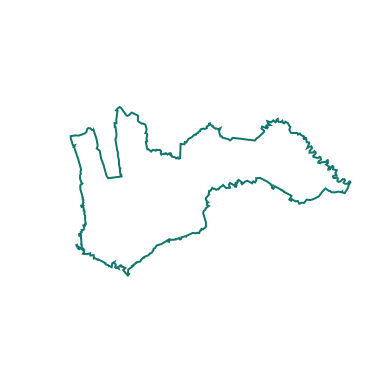 outline of NCR, Third District, Valenzuela, Philippines, rotated 30°
{"feature_id": "2640588B11276327116073", "entity_name": "NCR, Third District", "entity_type": "district", "adm_level": 2, "iso_a3": "PHL", "parent_name": "Philippines", "parent_adm1": "Valenzuela", "projection": "mercator", "projection_center": [120.97, 14.71], "detail": "fine", "context": "isolated", "style": "outline", "palette": "teal", "viewbox_px": 384, "rotation_deg": 30, "n_neighbors": 0, "source": "geoboundaries", "source_scale": "gbopen_adm2", "svg_char_len": 6047}
<svg xmlns="http://www.w3.org/2000/svg" viewBox="0 0 384 384"><g transform="rotate(30 192 192)"><path d="M59.0,204.3L60.2,206.2L65.3,210.9L66.1,211.3L67.0,210.3L67.0,211.2L67.9,210.1L66.8,211.8L67.7,212.3L67.5,212.7L67.8,212.4L77.5,220.9L84.6,227.9L85.4,230.4L86.6,231.9L86.7,233.5L88.4,236.4L91.0,238.8L92.8,239.5L92.6,239.9L93.1,239.7L92.1,240.8L92.1,242.5L94.0,245.5L99.9,251.1L99.7,251.4L101.4,252.7L101.2,253.2L102.5,254.1L102.7,255.1L103.5,255.5L103.4,257.3L104.6,257.9L102.1,259.9L103.7,258.8L104.1,259.9L104.7,259.1L106.2,260.1L107.4,262.2L107.9,261.8L109.2,263.3L109.5,264.7L111.3,266.1L113.8,270.2L116.1,272.8L116.1,273.6L114.8,272.1L116.0,273.8L114.6,275.2L116.0,276.3L117.0,278.4L116.9,279.0L115.4,280.1L116.5,281.7L115.7,282.4L116.6,283.8L114.5,285.3L116.7,283.9L117.5,285.3L115.6,286.8L117.7,285.5L122.4,292.4L121.4,293.2L122.5,292.5L124.3,295.2L125.2,295.4L124.6,295.6L124.7,296.4L124.1,296.5L118.9,296.0L118.7,295.5L118.4,295.9L119.2,296.4L119.2,296.1L122.6,296.4L122.5,297.4L121.4,297.4L121.4,297.8L122.5,298.0L123.8,297.8L122.5,297.7L122.8,296.5L125.9,296.7L126.1,297.5L126.3,296.6L127.5,296.7L127.7,297.3L128.3,297.2L128.5,299.5L129.1,298.9L129.6,299.6L132.4,298.1L134.5,296.0L135.7,297.8L138.4,295.9L140.2,298.6L140.7,297.9L144.5,297.8L144.5,297.2L152.3,296.9L152.2,297.3L153.6,297.7L156.4,297.3L157.1,297.8L157.3,297.3L160.0,297.3L158.6,293.6L159.8,291.5L159.9,292.3L162.2,292.9L163.2,295.7L164.1,295.9L164.4,295.2L166.9,295.1L165.6,293.8L166.4,292.3L167.5,292.1L166.8,291.4L167.1,291.0L167.9,291.4L172.3,291.2L171.4,294.1L178.2,296.4L178.5,294.4L177.0,293.9L175.6,291.1L177.9,285.6L177.3,285.6L178.5,283.1L178.7,281.5L179.4,281.2L179.4,280.1L181.9,278.2L181.8,276.6L182.6,273.4L183.3,273.0L183.0,272.2L186.0,268.5L186.2,266.3L186.9,265.9L187.6,264.2L187.6,261.6L187.1,260.3L188.0,259.2L188.1,256.0L191.6,252.3L195.2,245.6L195.6,246.9L197.0,246.7L196.7,244.0L198.3,243.6L201.7,241.2L201.5,240.7L203.0,239.6L203.7,238.3L205.1,239.2L205.8,238.6L205.9,237.6L205.4,236.6L208.1,234.0L210.0,233.2L208.8,233.2L213.3,226.8L215.5,226.1L216.9,224.8L218.8,223.9L218.4,222.6L218.5,220.9L219.0,220.6L218.7,219.2L220.3,218.8L221.4,215.1L221.5,214.5L220.2,213.3L219.6,211.7L212.4,204.9L211.6,202.7L212.4,200.8L212.0,199.4L213.6,195.6L211.2,195.7L210.8,194.1L210.2,193.7L211.0,192.9L208.7,192.2L207.6,191.4L207.1,190.1L208.0,185.8L207.6,185.8L206.3,182.4L207.4,181.7L207.5,178.4L209.0,178.6L209.5,178.0L212.0,177.9L213.0,176.3L213.6,176.4L213.9,173.6L215.0,172.3L215.4,170.4L219.7,171.5L222.8,169.2L220.3,167.3L220.4,165.1L223.7,165.2L225.7,164.6L226.3,165.9L227.6,165.4L227.2,163.8L225.3,162.8L225.2,162.2L226.6,161.6L226.6,160.3L225.8,159.7L226.3,158.2L230.7,158.7L230.5,159.8L231.5,160.2L232.9,156.2L234.4,154.6L239.7,154.4L239.7,152.2L241.8,152.2L241.8,148.9L241.6,149.3L240.7,148.0L243.8,145.8L251.5,145.4L256.3,145.8L256.7,146.4L257.6,146.6L258.7,145.9L258.8,148.0L260.0,148.7L260.9,148.6L261.0,145.7L268.2,145.4L268.5,145.8L269.6,145.3L270.5,145.7L271.7,145.5L271.8,145.9L279.0,145.5L280.1,145.6L280.1,149.9L282.1,150.0L282.2,148.3L286.5,148.3L288.1,146.9L290.8,148.5L292.3,146.5L294.5,145.4L295.1,141.3L298.6,139.7L300.7,137.5L304.0,132.5L304.7,126.5L305.8,122.2L310.0,122.6L311.0,122.0L312.8,122.5L315.6,121.1L318.9,118.3L321.5,117.6L321.9,116.4L322.4,117.2L324.8,116.7L325.0,110.2L324.3,107.9L324.3,104.3L323.7,103.9L323.0,104.2L322.4,107.2L320.6,108.3L318.6,108.2L318.6,105.4L317.6,104.7L316.0,105.6L315.3,108.7L313.8,110.0L312.3,109.7L311.6,107.5L310.7,106.8L310.0,106.9L309.1,108.3L307.4,109.0L306.4,108.2L306.3,107.4L308.6,105.2L306.7,103.9L306.5,100.8L302.8,101.8L302.0,99.6L300.8,99.2L300.3,100.0L300.2,103.2L298.9,104.5L298.3,103.4L298.4,101.6L294.4,101.2L295.3,99.4L293.8,96.6L293.3,96.8L293.1,99.1L289.3,101.4L288.8,102.8L286.8,103.6L286.4,103.2L286.6,101.4L287.5,99.5L286.0,97.7L285.0,97.6L284.1,99.7L279.4,100.8L279.0,100.3L279.9,96.8L279.0,95.7L277.7,95.4L277.4,97.0L274.1,99.2L273.4,97.7L274.0,93.7L272.4,92.8L270.8,94.4L269.8,96.3L269.1,90.8L268.5,90.6L266.5,91.6L263.8,88.2L263.2,88.3L263.0,90.0L262.4,90.2L261.7,89.6L261.2,87.9L257.6,88.2L256.3,87.4L255.0,89.3L253.8,88.3L248.1,91.3L245.2,89.5L244.4,86.3L243.4,86.2L240.5,84.4L237.7,84.5L237.6,86.3L237.0,86.6L235.8,86.4L234.7,85.2L234.2,86.8L232.0,87.8L230.8,87.4L229.7,85.8L229.1,87.2L229.8,89.0L229.5,89.8L226.6,89.3L225.7,92.1L221.8,93.0L223.6,94.6L226.3,94.9L223.1,97.2L223.3,97.9L225.3,98.3L225.2,99.4L220.0,100.2L220.4,102.3L223.6,102.8L224.3,104.1L222.3,111.0L221.1,113.3L220.7,116.0L200.4,124.6L199.9,124.9L200.0,125.9L199.1,128.3L196.9,128.1L191.2,129.7L189.8,128.9L188.8,129.5L186.8,127.8L185.0,125.6L184.6,122.6L183.3,124.7L182.8,124.4L180.6,125.1L180.5,125.5L176.7,124.9L176.8,124.4L174.1,124.5L173.3,123.5L172.5,124.3L173.2,125.9L172.0,128.0L172.9,129.2L171.5,131.1L170.4,131.2L168.1,133.5L168.6,135.3L167.5,136.6L167.6,137.9L166.5,139.4L166.8,140.4L165.3,141.4L164.5,144.6L162.4,147.7L162.3,152.0L160.8,152.4L161.6,154.5L158.1,156.1L164.8,168.7L164.2,169.6L163.3,169.9L162.4,169.2L161.5,170.8L159.9,170.4L157.3,171.4L154.1,169.1L153.7,169.4L154.8,170.7L152.8,170.2L152.2,171.8L150.1,171.4L149.6,172.7L148.7,172.6L148.0,173.7L146.6,174.4L146.6,174.8L145.6,174.2L144.6,172.0L143.3,171.7L139.9,173.4L140.0,174.3L137.0,175.1L136.4,177.4L132.9,176.7L132.0,177.4L127.0,171.9L126.9,171.4L127.9,170.6L126.1,168.9L124.5,164.7L123.6,163.9L122.2,164.3L122.2,162.9L121.2,160.2L117.9,157.0L115.4,157.1L114.4,157.9L110.2,157.7L109.3,157.0L107.0,152.9L100.1,153.3L98.8,157.4L98.1,158.3L97.0,158.5L88.3,154.6L86.8,154.6L85.8,156.9L85.5,159.2L86.8,158.8L90.4,167.5L92.2,170.2L90.5,171.1L92.5,174.2L93.1,173.8L97.7,179.7L98.9,182.1L99.2,184.5L106.4,193.4L108.0,194.7L109.4,197.3L112.8,201.0L115.2,204.8L117.9,208.0L118.2,207.7L118.8,209.5L120.8,212.1L121.4,212.7L122.0,212.3L123.2,213.8L112.5,222.0L109.5,220.4L101.9,212.8L96.8,208.7L91.5,202.5L87.7,201.9L87.4,199.6L86.4,198.0L82.5,193.6L75.4,187.2L75.4,187.8L74.4,188.4L72.1,187.7L70.2,188.5L69.8,190.0L70.6,193.2L69.6,195.2L65.8,199.7L62.6,201.4L59.0,204.3Z" fill="none" stroke="#0f766e" stroke-width="2"/></g></svg>